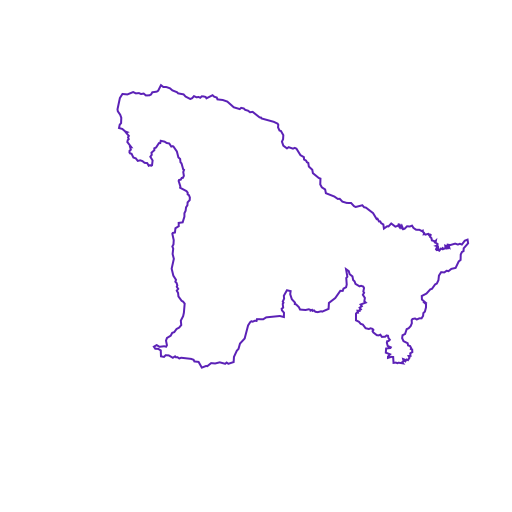 the district of Pua, Nan, Thailand, rotated 294°
{"feature_id": "78962969B90193228805954", "entity_name": "Pua", "entity_type": "district", "adm_level": 2, "iso_a3": "THA", "parent_name": "Thailand", "parent_adm1": "Nan", "projection": "natural_earth1", "projection_center": [100.983, 19.171], "detail": "fine", "context": "isolated", "style": "outline", "palette": "violet", "viewbox_px": 512, "rotation_deg": 294, "n_neighbors": 0, "source": "geoboundaries", "source_scale": "gbopen_adm2", "svg_char_len": 6128}
<svg xmlns="http://www.w3.org/2000/svg" viewBox="0 0 512 512"><g transform="rotate(294 256 256)"><path d="M373.4,99.7L367.2,99.4L365.8,98.5L363.4,94.7L360.8,94.4L359.4,93.2L357.9,90.1L358.7,87.3L357.2,85.1L357.2,82.8L355.7,80.1L355.8,77.1L351.3,72.8L349.7,68.1L345.0,67.4L333.7,69.8L332.0,70.9L329.8,74.5L327.5,76.7L322.5,78.7L320.5,78.1L317.2,78.8L317.7,82.2L316.6,85.8L316.7,88.0L315.8,87.2L314.0,91.0L312.4,90.8L311.0,92.2L309.7,91.7L307.8,92.1L304.7,97.8L304.3,96.7L302.2,98.4L300.7,97.7L299.1,98.3L298.5,99.3L298.8,100.7L296.1,103.9L296.3,106.5L294.8,109.3L296.3,111.3L296.5,113.7L295.8,116.3L296.6,118.9L294.8,121.3L295.9,122.2L295.8,123.5L296.6,124.1L301.2,122.7L303.7,119.1L306.0,119.6L307.9,118.5L311.3,120.1L313.0,119.3L314.5,120.6L319.6,121.4L320.2,122.6L322.5,122.1L323.3,126.0L322.9,128.4L323.5,131.0L321.5,134.1L322.5,135.3L322.4,136.1L319.3,141.2L314.5,145.0L313.8,147.2L310.9,148.9L310.3,150.3L305.6,154.2L305.4,155.2L303.1,155.4L299.9,157.5L297.6,157.4L297.1,156.4L295.1,156.2L294.2,154.8L293.1,154.8L288.8,158.6L287.5,158.9L287.0,166.1L286.1,167.8L284.5,168.5L284.3,170.0L282.5,171.8L280.1,172.7L277.2,171.7L274.4,172.7L272.0,172.3L268.7,173.3L266.0,173.2L262.8,174.6L256.9,175.3L254.8,171.9L251.8,173.3L248.6,171.1L244.5,172.4L243.2,170.6L242.3,170.5L237.0,174.4L233.0,175.9L230.7,175.7L229.0,177.4L223.9,179.0L220.0,182.1L210.1,184.1L204.4,188.5L201.7,192.6L199.7,192.8L199.0,194.5L197.1,196.1L195.7,196.1L194.3,198.3L192.1,197.7L190.6,199.8L187.5,201.6L184.8,206.3L184.7,207.9L183.5,210.2L174.8,213.2L171.4,213.9L166.4,213.6L162.5,215.8L159.3,214.9L157.0,213.1L153.2,212.3L151.7,210.7L148.5,210.5L144.9,208.0L142.1,208.2L138.3,210.9L136.6,210.8L136.2,208.8L133.8,204.8L134.2,201.5L131.6,199.6L130.3,201.7L131.4,204.5L131.0,207.4L125.7,210.0L126.4,213.0L128.6,213.8L129.7,216.7L129.2,221.4L131.4,222.9L130.9,224.1L131.6,225.4L131.2,227.6L132.6,229.0L135.6,238.5L135.8,241.2L134.6,242.6L135.9,246.6L132.0,251.9L135.3,255.2L135.5,256.3L139.9,258.6L141.2,262.4L144.1,266.1L145.0,271.7L146.7,272.5L146.3,274.6L150.0,278.7L154.9,276.9L161.7,277.0L164.0,277.8L169.5,277.0L176.0,279.2L189.4,277.0L193.2,277.6L194.5,278.3L194.6,279.6L196.5,281.4L196.9,282.9L198.7,282.6L201.1,288.3L204.1,290.3L210.9,302.2L211.6,306.3L215.6,304.6L216.9,301.8L218.2,300.9L219.9,301.8L223.1,299.9L224.5,300.1L225.2,299.0L228.5,299.0L231.0,297.6L237.3,298.2L238.0,301.9L235.0,302.8L231.1,306.3L229.3,310.5L227.9,311.0L228.1,312.3L226.7,316.0L225.0,318.0L226.8,323.2L228.8,325.9L228.9,327.8L228.4,328.1L229.6,329.1L228.9,330.1L229.9,331.1L229.2,332.9L229.8,335.2L232.0,338.0L232.1,339.1L237.2,343.8L242.8,341.7L249.8,345.5L258.5,347.2L259.4,349.4L261.8,349.2L264.1,351.0L266.8,350.5L272.6,347.4L274.2,347.9L280.6,343.6L279.9,346.9L277.5,348.9L276.6,352.4L273.6,354.5L272.9,356.4L271.0,358.2L270.4,362.9L271.5,364.1L271.7,366.4L270.7,367.7L267.2,368.5L266.4,369.7L264.0,369.4L262.0,372.5L258.7,373.4L258.1,375.2L254.2,371.3L253.2,373.1L250.9,371.7L249.9,373.5L248.9,372.7L248.0,373.0L247.3,371.0L245.7,372.2L245.1,371.1L244.0,370.8L237.9,373.5L237.8,376.8L236.6,379.2L236.8,381.5L234.6,385.5L235.2,388.8L236.5,390.0L236.8,392.1L236.2,393.3L234.8,393.0L233.9,394.2L232.8,398.6L233.4,400.4L234.7,401.6L233.3,403.9L234.8,406.8L236.5,407.6L236.8,409.0L235.0,410.3L233.9,412.3L232.1,411.6L231.5,410.5L230.0,410.8L227.4,412.9L227.4,416.3L226.6,416.2L224.4,412.5L220.5,413.9L220.7,418.5L217.8,417.5L216.6,418.0L218.9,420.6L219.5,422.4L214.3,425.1L215.5,427.1L215.6,428.8L216.5,429.6L217.7,433.9L218.3,432.7L219.8,433.7L221.7,432.3L221.8,434.0L220.8,435.3L222.7,435.7L222.7,437.2L225.5,437.6L226.7,436.1L227.6,437.8L229.8,436.5L231.8,437.9L234.1,436.7L234.0,435.3L235.0,435.2L236.4,433.4L236.2,431.3L238.0,430.0L238.2,425.4L240.4,422.9L243.2,422.1L245.4,423.9L250.5,423.4L252.0,424.8L254.9,425.8L258.0,425.7L260.7,424.3L262.1,424.6L263.6,426.7L263.4,428.7L265.5,430.6L266.4,432.6L269.3,433.0L271.9,432.1L273.9,432.9L278.2,432.2L281.2,430.9L281.8,428.9L282.4,429.7L283.7,425.3L286.9,423.7L291.0,427.0L296.4,428.8L297.6,430.1L302.9,431.2L304.4,432.4L308.1,432.5L312.5,431.1L316.5,431.7L317.6,434.7L320.1,436.2L320.4,438.0L323.7,439.7L326.3,443.2L333.5,443.4L335.6,444.5L340.7,442.4L343.4,442.5L344.9,443.6L347.5,442.6L353.9,444.6L357.0,442.6L354.9,440.5L350.2,439.4L350.1,437.3L348.6,435.8L348.3,432.9L345.0,429.0L344.3,426.4L343.6,426.5L343.4,428.3L342.2,429.2L342.4,427.7L341.2,428.3L340.3,426.9L342.4,425.5L342.4,424.7L340.4,425.9L338.9,424.7L339.1,423.5L338.1,423.6L338.0,421.9L335.4,421.3L335.5,420.4L336.9,419.5L335.3,419.3L334.9,418.7L335.4,417.7L338.6,417.8L338.5,416.4L339.5,417.4L340.8,417.0L341.2,414.6L343.2,414.1L341.5,413.4L342.1,412.7L341.8,410.3L343.7,409.0L344.3,407.2L346.3,407.0L346.4,406.1L345.5,405.5L346.3,404.4L344.4,402.0L344.8,401.0L344.2,400.4L345.5,400.1L346.1,398.3L347.0,398.0L346.2,397.0L346.4,394.6L345.1,391.6L345.7,388.4L347.2,386.2L345.5,384.5L344.6,381.9L341.4,380.7L340.2,379.4L340.8,378.0L341.6,378.3L343.1,376.7L340.3,376.2L340.9,375.1L342.4,375.3L343.1,374.4L342.9,373.4L341.5,373.5L339.5,371.4L340.7,366.3L336.9,365.0L336.6,363.8L333.1,361.7L336.6,359.5L336.9,357.0L338.1,355.4L337.6,354.3L339.5,351.8L338.8,351.2L342.8,345.5L344.9,336.7L344.5,334.9L345.6,332.5L341.3,327.1L341.4,325.2L343.1,321.3L341.4,317.4L340.8,312.8L342.3,309.2L341.4,307.5L342.2,303.4L341.8,294.3L344.9,292.1L345.5,288.2L347.5,285.6L352.9,283.4L352.8,281.6L354.8,274.3L357.7,272.3L359.2,267.9L362.3,265.9L362.4,264.3L363.5,263.0L363.7,260.7L365.8,259.5L366.2,255.6L370.5,249.3L370.5,247.4L369.1,246.1L368.7,241.6L366.9,240.5L367.9,236.1L371.0,233.2L373.8,233.2L377.5,231.8L380.3,228.0L380.2,226.4L382.5,223.8L384.9,223.0L385.7,221.9L385.8,217.6L383.9,205.1L384.5,204.4L384.1,202.9L386.3,194.3L384.9,192.1L385.5,189.6L385.1,186.7L385.8,184.8L385.3,182.2L383.6,181.4L382.8,175.2L385.4,167.0L385.0,162.2L383.4,157.1L384.8,155.7L384.5,153.1L385.2,150.9L379.9,146.6L380.8,145.3L380.4,143.1L379.8,141.5L377.9,140.7L377.9,138.8L376.8,137.2L376.8,134.3L374.2,133.5L372.7,132.1L373.0,126.8L374.2,124.1L372.9,118.7L373.5,117.2L373.3,112.2L374.2,109.2L373.9,105.4L372.7,102.6L373.4,99.7Z" fill="none" stroke="#5b21b6" stroke-width="2"/></g></svg>